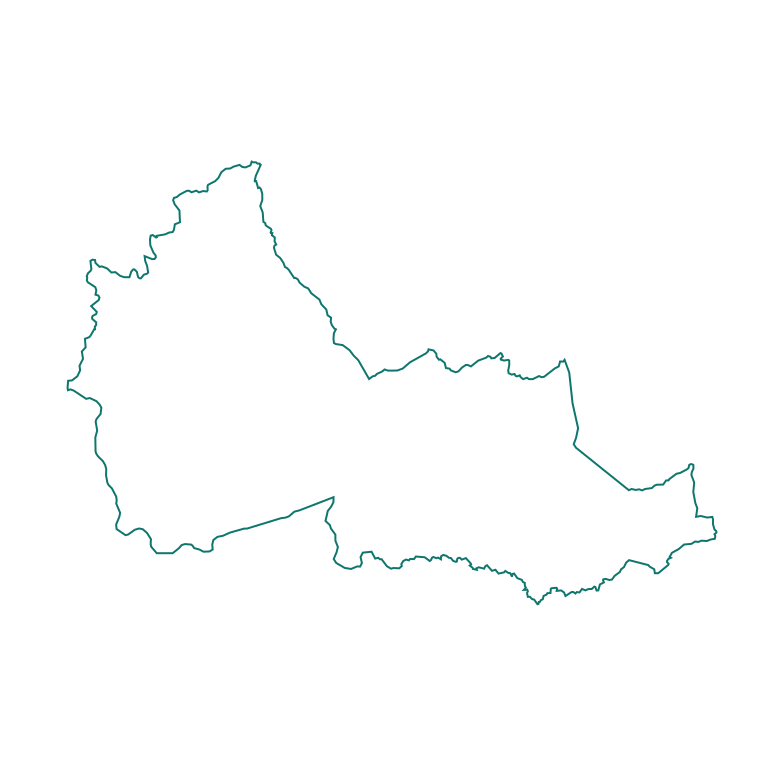 Dowa, Dowa, Malawi (orthographic projection), rotated 354°
{"feature_id": "42251766B75153645982813", "entity_name": "Dowa", "entity_type": "district", "adm_level": 2, "iso_a3": "MWI", "parent_name": "Malawi", "parent_adm1": "Dowa", "projection": "orthographic", "projection_center": [33.724, -13.52], "detail": "fine", "context": "isolated", "style": "outline", "palette": "teal", "viewbox_px": 768, "rotation_deg": 354, "n_neighbors": 0, "source": "geoboundaries", "source_scale": "gbopen_adm2", "svg_char_len": 6131}
<svg xmlns="http://www.w3.org/2000/svg" viewBox="0 0 768 768"><g transform="rotate(354 384 384)"><path d="M566.1,378.8L564.5,380.5L561.5,380.0L559.6,384.8L555.6,386.3L543.9,393.6L541.3,393.7L539.1,392.3L532.5,394.7L528.7,394.3L526.8,392.7L522.8,393.7L520.4,391.2L519.9,389.6L517.0,390.3L515.7,389.6L514.9,387.7L511.9,388.0L509.1,386.3L508.9,383.7L510.5,378.4L511.0,373.7L510.1,373.0L505.8,373.2L502.8,372.0L502.7,371.0L505.1,369.1L504.1,366.1L503.1,365.4L496.7,369.7L493.4,369.7L492.7,368.1L490.4,367.0L488.4,368.5L480.1,370.6L472.3,375.6L469.2,373.8L467.2,373.7L463.3,375.8L459.4,379.2L456.5,379.8L451.9,377.5L450.8,375.6L447.3,374.6L446.5,369.2L442.5,365.3L441.2,365.6L439.2,362.4L439.2,359.4L436.8,355.8L431.9,354.2L431.2,356.1L429.0,357.9L412.2,365.1L404.2,370.6L398.6,372.0L389.3,371.1L386.1,369.6L383.4,371.4L377.8,373.3L376.3,374.8L373.5,375.2L369.7,377.5L360.9,357.6L356.8,352.6L353.3,346.8L347.0,341.0L340.2,339.2L338.5,338.0L338.5,333.5L339.5,328.2L341.9,324.6L340.5,323.8L338.3,320.0L337.5,316.4L338.3,312.5L335.1,309.8L334.4,303.9L330.0,298.1L328.6,293.3L321.2,286.2L318.6,281.0L314.9,278.9L310.6,274.3L309.3,271.0L307.1,269.2L305.7,269.2L301.5,261.0L299.9,258.8L297.7,257.2L296.7,253.1L294.0,247.9L290.2,244.1L288.8,236.9L289.6,234.9L291.4,234.0L290.1,230.8L290.7,226.8L288.0,224.3L288.7,222.2L287.3,222.0L287.1,221.4L288.2,219.3L287.8,217.9L283.8,214.7L282.9,213.6L282.7,211.6L281.0,210.1L281.3,200.7L279.5,194.1L282.2,188.3L282.8,182.2L282.0,177.4L280.8,175.6L279.3,176.0L278.1,168.9L276.7,168.9L276.7,168.2L278.3,163.5L284.2,153.3L283.6,153.1L283.4,151.8L281.2,151.6L279.8,150.1L277.1,149.9L275.7,149.0L274.0,152.6L268.9,154.1L265.9,153.4L263.2,151.0L257.1,152.1L253.6,153.6L249.1,153.4L244.4,156.3L240.9,161.7L237.3,164.6L229.9,167.5L229.1,169.0L228.9,172.8L227.9,174.0L224.2,173.2L220.0,174.1L217.6,172.1L212.5,173.2L210.3,171.4L208.0,171.3L200.8,174.2L197.5,176.4L194.5,177.0L193.5,179.2L194.6,183.4L198.7,190.1L198.0,201.8L192.7,203.3L191.2,208.7L189.7,210.8L186.1,210.9L182.0,212.3L173.4,212.9L173.4,214.3L172.6,214.5L169.6,211.7L167.5,212.0L166.4,215.7L166.1,221.7L168.4,229.2L170.4,232.4L170.3,234.2L168.9,235.7L166.5,235.6L159.3,231.8L159.4,236.8L160.7,241.7L161.1,248.5L160.0,249.5L156.6,250.2L153.3,253.5L151.9,253.3L150.6,251.9L149.9,246.5L147.7,243.9L146.6,243.8L144.4,245.8L142.0,251.2L136.7,250.6L132.8,248.8L128.6,244.7L124.5,244.6L120.7,240.1L115.6,237.5L113.4,237.8L109.7,233.4L109.6,230.5L107.0,229.9L104.9,230.9L105.0,239.2L104.0,240.8L101.1,243.0L99.6,245.9L100.0,246.9L99.3,249.8L100.1,251.9L107.0,257.5L107.7,260.7L106.4,265.0L109.2,266.2L110.1,268.4L109.0,270.7L100.9,275.9L105.9,282.3L105.1,284.3L101.3,285.9L100.5,287.6L100.8,289.0L104.2,292.5L103.9,295.3L102.4,296.7L102.3,299.2L101.7,299.0L97.1,305.4L95.5,306.7L91.3,307.8L91.1,316.4L86.9,320.1L87.3,327.5L83.1,334.0L83.2,338.7L79.8,344.3L74.1,347.8L70.2,347.8L68.9,354.7L69.0,357.1L71.7,356.6L74.7,358.1L86.2,367.6L90.0,367.2L96.3,371.1L99.0,374.7L100.4,378.0L99.0,384.2L94.4,388.8L93.3,391.2L93.9,400.3L91.3,407.1L90.1,420.8L90.5,423.1L92.0,426.0L96.4,431.4L98.2,435.4L98.9,439.7L98.0,445.6L98.6,453.5L99.6,455.8L102.5,459.4L105.9,468.0L106.0,471.7L105.2,474.9L108.1,484.5L106.9,488.4L102.9,495.8L102.9,500.3L111.1,507.3L113.7,507.0L121.0,502.9L125.4,502.1L129.0,503.3L132.7,507.3L136.0,513.9L135.2,518.8L135.5,521.6L140.3,528.5L156.1,530.2L162.7,526.0L166.0,523.0L169.4,522.4L175.3,523.5L176.7,524.7L178.0,527.3L183.3,529.4L186.9,531.9L193.0,532.3L196.3,530.7L196.4,525.7L198.0,521.3L202.4,518.6L208.0,518.1L215.2,515.7L229.7,513.2L232.5,513.5L267.5,506.7L272.1,506.6L275.6,505.7L281.5,501.6L286.8,500.8L322.0,491.3L321.3,496.4L318.5,500.6L314.8,504.4L311.5,514.1L315.4,518.6L316.1,522.1L319.9,528.7L319.3,534.8L321.1,541.3L319.2,546.5L315.7,552.8L317.8,557.0L325.7,562.8L331.9,564.5L338.3,562.6L341.1,563.1L343.3,559.8L342.6,553.7L345.3,549.5L354.1,549.5L357.0,556.7L360.0,556.2L361.7,557.9L363.3,558.0L367.9,565.6L371.7,568.4L374.2,568.0L379.9,568.9L382.7,566.9L382.4,564.9L384.7,562.0L387.6,560.9L390.3,562.0L391.8,560.7L395.5,561.3L397.7,558.9L406.4,560.6L411.0,564.8L412.3,564.0L413.6,561.8L415.0,561.2L417.8,562.7L419.7,562.3L422.3,564.3L422.8,561.3L425.1,560.2L428.1,561.4L430.4,563.6L432.4,564.1L434.2,567.1L437.0,568.4L437.9,568.1L438.6,565.5L439.9,564.7L441.4,564.9L443.0,566.8L447.2,565.7L451.5,571.5L451.8,572.5L450.3,573.5L453.0,576.1L453.1,577.2L456.9,578.5L456.6,577.0L459.1,576.2L464.3,578.1L465.7,575.8L467.5,575.0L471.9,581.1L475.4,580.4L478.1,584.5L483.7,583.9L485.1,582.6L487.8,584.8L489.7,585.3L490.9,588.3L491.4,588.3L492.1,586.3L493.6,586.1L496.3,591.0L500.6,593.2L501.5,595.5L503.2,596.5L503.0,599.5L503.8,601.3L501.6,603.4L504.9,603.5L505.4,605.1L504.4,606.8L504.8,610.7L506.9,610.9L508.8,613.4L510.8,614.1L513.6,619.0L514.6,618.9L515.2,617.0L516.2,617.0L517.5,615.3L519.4,614.7L520.5,611.5L523.7,610.4L524.6,609.1L527.7,609.3L528.5,605.1L529.4,604.6L534.2,604.7L534.8,605.5L534.1,607.8L538.6,607.8L541.3,610.2L542.3,613.8L549.0,610.4L550.6,610.7L552.5,612.4L554.0,611.1L556.7,611.7L559.5,608.5L562.7,610.3L565.9,609.3L569.2,609.6L571.9,607.5L573.0,608.0L573.8,611.6L575.5,611.7L577.8,605.9L582.0,604.3L581.3,602.2L581.7,601.2L584.1,601.0L587.7,602.5L590.3,602.3L593.3,598.9L598.8,595.7L600.5,593.0L603.5,591.2L606.2,586.9L609.3,584.8L627.9,591.7L629.2,593.5L633.4,596.5L633.6,600.5L637.0,600.8L647.7,593.7L648.3,592.6L646.8,590.6L647.1,589.4L648.5,587.7L651.2,586.8L650.0,585.8L652.7,582.0L660.0,578.9L665.6,575.0L673.0,575.1L676.9,573.2L680.3,573.9L683.3,573.0L688.7,573.9L692.6,572.8L696.8,572.5L697.6,569.9L697.0,567.9L699.1,566.5L699.0,564.9L697.5,563.3L696.5,557.8L697.1,553.1L696.6,550.5L691.5,550.6L685.3,548.4L680.5,548.7L682.6,540.3L681.2,535.0L680.3,523.7L682.2,514.4L680.2,506.6L680.9,503.8L682.9,500.5L683.2,496.9L682.5,496.3L680.9,495.7L679.1,496.4L678.1,499.4L676.5,500.5L669.0,503.5L665.6,503.8L657.8,508.4L656.9,509.6L654.5,509.4L651.1,513.2L644.6,512.7L642.3,513.4L639.5,515.5L632.7,515.7L629.7,516.8L626.7,515.4L623.4,515.7L619.2,514.3L616.4,515.2L568.3,467.5L566.4,463.7L569.4,457.6L572.4,448.3L569.5,422.9L569.4,391.9L566.1,378.8Z" fill="none" stroke="#0f766e" stroke-width="2"/></g></svg>